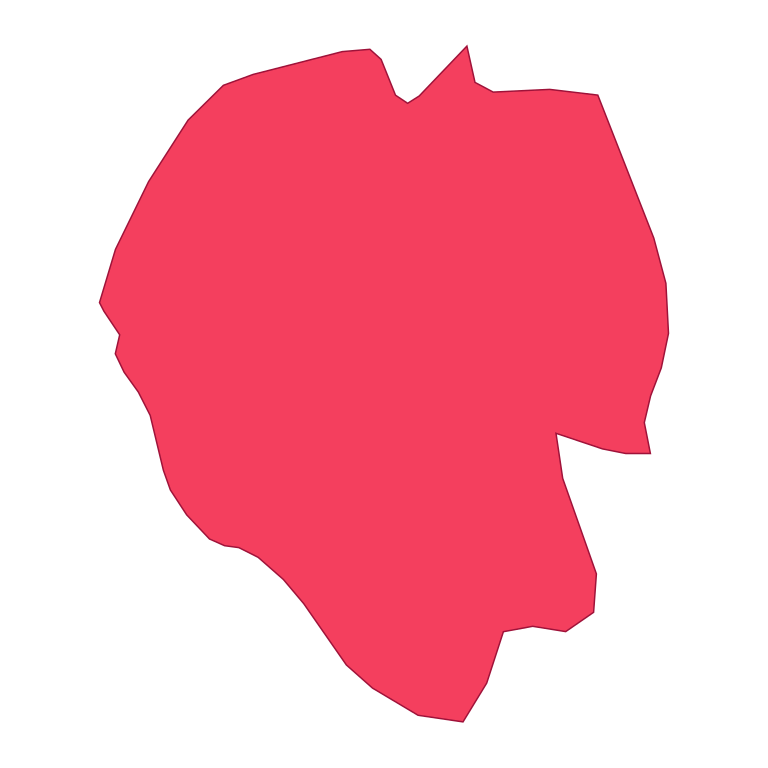 the Administrative State of Addis Ababa
{"feature_id": "ETH-3133", "entity_name": "Addis Ababa", "entity_type": "Administrative State", "adm_level": 1, "iso_a3": "ETH", "parent_name": "Ethiopia", "parent_adm1": "", "projection": "robinson", "projection_center": [38.784, 8.965], "detail": "fine", "context": "isolated", "style": "filled", "palette": "rose", "viewbox_px": 768, "rotation_deg": 0, "n_neighbors": 0, "source": "natural_earth", "source_scale": "10m", "svg_char_len": 766}
<svg xmlns="http://www.w3.org/2000/svg" viewBox="0 0 768 768"><path d="M466.9,46.1L475.0,82.4L493.2,92.1L549.7,89.4L597.8,95.1L653.8,238.1L665.9,283.3L668.5,333.4L661.3,367.9L650.6,395.9L644.3,422.6L650.4,453.5L625.7,453.5L602.5,448.9L556.0,433.3L562.7,478.4L596.4,573.9L593.6,612.3L565.7,631.6L532.7,626.3L503.4,631.7L486.7,683.1L463.0,721.9L418.1,715.3L372.5,688.1L346.4,665.0L303.7,603.6L283.4,579.5L258.1,557.3L238.8,547.6L224.6,545.7L209.5,539.0L186.7,514.9L170.4,490.0L163.4,470.3L150.2,415.4L138.3,392.0L124.1,372.2L115.3,353.8L119.7,334.8L103.9,311.2L99.5,302.6L115.5,249.3L148.6,181.6L188.1,120.1L223.4,85.3L253.2,74.4L342.3,51.6L369.9,49.3L381.1,59.4L395.5,95.2L407.6,103.3L419.2,96.0L466.9,46.1Z" fill="#f43f5e" stroke="#9f1239" stroke-width="1.5"/></svg>